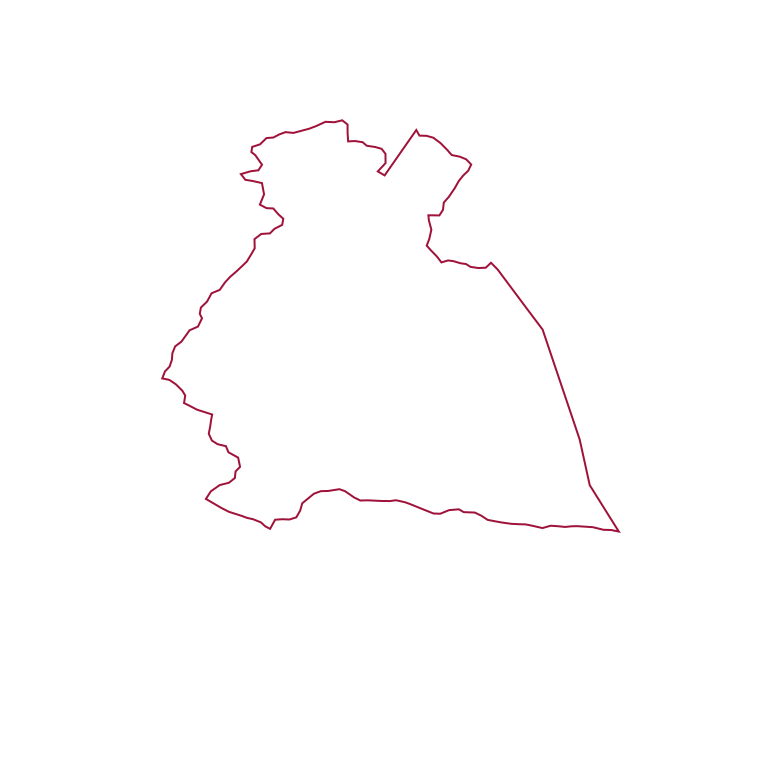 the district of Tarrafas, Ceará, Brazil, rotated 229°
{"feature_id": "56859067B6243055692939", "entity_name": "Tarrafas", "entity_type": "district", "adm_level": 2, "iso_a3": "BRA", "parent_name": "Brazil", "parent_adm1": "Ceará", "projection": "robinson", "projection_center": [-39.719, -6.722], "detail": "fine", "context": "isolated", "style": "outline", "palette": "rose", "viewbox_px": 768, "rotation_deg": 229, "n_neighbors": 0, "source": "geoboundaries", "source_scale": "gbopen_adm2", "svg_char_len": 2398}
<svg xmlns="http://www.w3.org/2000/svg" viewBox="0 0 768 768"><g transform="rotate(229 384 384)"><path d="M118.6,464.4L172.7,472.9L213.6,495.2L234.2,503.7L286.5,525.2L321.0,539.4L347.9,541.3L396.0,544.9L405.3,544.3L405.0,537.1L409.6,531.3L415.7,526.1L420.7,524.6L425.0,520.9L431.2,517.0L435.2,513.4L438.1,507.1L445.4,507.6L453.7,507.1L460.4,507.0L463.8,513.4L469.4,521.0L478.2,525.3L482.2,528.2L474.9,536.4L476.8,542.8L481.7,548.2L482.7,555.7L485.4,565.9L488.1,573.5L489.4,580.7L489.7,587.4L492.4,593.8L499.8,593.4L505.9,590.3L512.4,585.3L519.2,585.3L528.7,584.7L537.5,582.8L543.4,578.9L548.2,573.7L554.5,575.0L541.0,521.3L548.5,518.8L549.7,530.1L556.7,536.1L563.0,536.5L568.7,532.8L575.1,527.3L580.5,526.5L586.4,521.5L590.6,516.1L597.1,521.0L603.7,526.7L610.4,525.5L614.1,518.3L620.3,511.8L623.2,501.9L625.8,494.9L632.9,480.4L638.7,474.9L641.1,468.6L642.6,462.2L646.7,456.7L646.2,447.7L649.4,440.1L646.1,436.1L641.1,437.0L629.5,435.8L627.7,429.4L632.0,423.0L636.3,413.7L629.1,413.3L623.2,418.2L615.7,423.7L605.8,417.9L600.8,408.0L593.8,410.7L589.1,415.6L581.3,415.6L574.8,416.4L570.9,411.6L573.0,403.1L572.5,396.7L577.8,389.8L578.3,381.3L571.2,375.4L568.7,368.0L566.4,360.7L566.1,354.7L565.8,347.1L565.8,338.0L565.0,330.7L562.8,321.8L565.6,313.4L562.3,304.6L561.8,295.9L557.8,291.0L553.0,289.8L549.4,281.3L552.1,272.5L548.9,259.1L549.4,251.0L546.0,244.4L541.4,239.8L537.8,233.6L537.2,227.0L533.7,220.3L527.9,224.7L520.4,226.7L511.2,227.4L505.7,226.4L500.8,220.6L494.0,223.4L487.2,226.1L480.6,230.1L473.7,234.3L470.1,229.7L466.5,225.6L461.4,219.1L454.2,217.0L447.8,218.9L440.8,223.9L434.5,221.8L424.1,225.6L415.9,221.0L415.4,214.6L410.9,209.8L411.2,202.2L415.5,193.7L416.6,182.9L414.1,174.2L397.0,180.0L389.3,183.1L383.2,186.8L377.8,190.1L372.8,192.8L368.0,196.4L360.4,200.3L354.5,201.0L349.4,203.0L353.0,212.8L348.7,218.5L343.8,223.7L340.9,230.3L343.4,237.6L347.6,244.0L347.2,259.1L344.5,266.1L339.9,271.7L333.9,281.3L328.6,284.3L318.0,287.0L311.6,289.7L306.8,295.5L296.3,306.5L291.6,311.9L288.4,316.8L281.1,322.2L276.3,324.9L271.0,327.6L263.3,331.5L253.8,336.4L249.2,341.3L246.1,350.4L240.3,358.3L235.0,360.1L227.4,368.2L220.9,371.0L213.4,373.1L202.7,381.6L195.0,388.3L189.8,393.7L185.0,398.9L179.5,403.1L175.4,406.1L171.3,409.1L167.7,416.8L162.1,422.4L157.2,427.0L153.8,431.9L150.0,436.5L138.9,447.7L130.0,454.0L124.7,459.7L118.6,464.4Z" fill="none" stroke="#9f1239" stroke-width="2"/></g></svg>